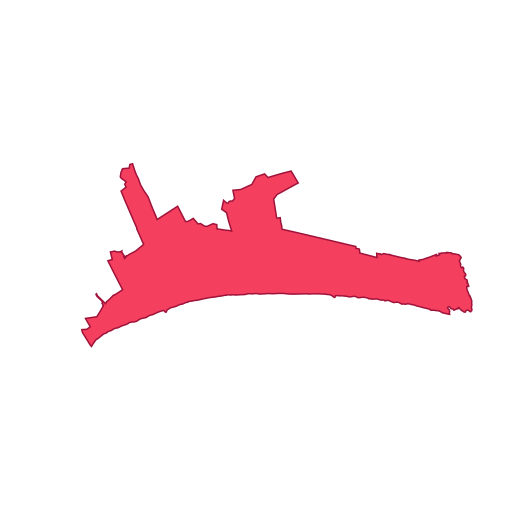 Saulkrasti, Saulkrastu, Latvia (Robinson projection), rotated 248°
{"feature_id": "27541924B54567786635158", "entity_name": "Saulkrasti", "entity_type": "district", "adm_level": 2, "iso_a3": "LVA", "parent_name": "Latvia", "parent_adm1": "Saulkrastu", "projection": "robinson", "projection_center": [24.41, 57.259], "detail": "fine", "context": "isolated", "style": "filled", "palette": "rose", "viewbox_px": 512, "rotation_deg": 248, "n_neighbors": 0, "source": "geoboundaries", "source_scale": "gbopen_adm2", "svg_char_len": 6073}
<svg xmlns="http://www.w3.org/2000/svg" viewBox="0 0 512 512"><g transform="rotate(248 256 256)"><path d="M233.7,69.6L234.9,71.0L238.3,76.2L238.6,77.1L238.4,77.6L239.2,80.3L240.7,85.2L240.8,86.8L240.7,88.7L241.3,90.4L241.4,91.2L241.1,93.8L241.7,97.0L241.7,98.1L241.5,99.6L241.2,100.4L241.2,102.4L241.4,103.7L241.4,106.7L241.2,109.5L241.2,111.2L241.3,112.2L241.6,113.1L241.7,114.0L241.2,116.4L240.5,118.2L240.2,120.7L240.4,122.0L240.8,123.7L241.0,125.0L240.7,128.1L240.4,129.1L240.2,130.5L240.1,131.3L240.2,132.1L240.5,132.9L240.7,134.5L240.7,135.8L240.3,138.4L240.5,141.1L240.6,144.6L240.5,147.2L240.1,150.1L239.5,150.4L238.9,150.5L238.5,150.6L237.8,151.1L237.7,151.4L237.6,151.6L237.7,151.8L238.0,152.2L238.8,152.8L239.3,153.4L239.9,157.0L239.9,158.0L239.5,160.8L239.3,162.5L239.3,163.7L239.5,165.9L239.5,167.9L239.1,169.0L239.0,169.7L239.0,170.9L239.1,172.4L239.1,173.6L239.0,174.4L238.7,175.5L238.8,176.0L239.0,176.7L238.8,177.7L238.0,180.4L238.0,181.4L237.1,184.6L236.5,187.6L236.2,190.0L235.1,195.9L234.5,198.6L233.2,203.1L232.9,205.2L232.5,206.6L231.7,209.6L231.4,211.9L230.8,213.5L230.6,215.3L229.7,217.1L228.9,219.1L228.7,220.1L228.1,221.5L227.5,222.2L227.3,222.8L227.1,223.7L226.6,224.8L226.2,226.4L225.8,227.3L225.6,228.3L225.1,229.2L224.8,230.2L224.5,231.2L224.3,232.0L224.1,232.8L224.1,233.7L224.0,234.4L223.0,237.0L222.4,238.0L222.1,238.8L221.7,240.5L220.7,243.0L219.5,244.7L219.0,246.2L217.7,249.8L217.0,252.1L216.3,254.1L214.9,256.9L212.7,263.4L211.0,267.4L208.2,272.7L206.6,276.5L204.4,282.4L201.8,289.2L200.8,291.0L200.2,293.0L197.7,299.3L195.2,304.8L192.3,310.2L190.6,311.7L188.6,312.8L188.2,313.3L188.1,313.5L188.2,313.8L188.4,314.0L189.1,314.4L189.4,314.7L189.3,315.2L188.5,317.3L187.6,318.8L187.0,320.6L185.7,323.1L185.3,323.7L185.1,324.3L184.6,325.2L184.0,325.8L183.1,327.3L182.6,328.7L182.3,330.3L181.7,332.3L180.9,333.4L179.2,334.9L178.8,335.7L178.2,337.8L178.1,338.8L177.7,339.8L176.3,342.2L175.2,343.8L174.1,344.5L174.0,345.3L173.3,346.2L172.6,347.2L172.3,348.1L170.8,352.2L168.5,355.0L168.0,356.3L167.3,357.8L166.7,358.5L166.1,358.7L166.0,358.9L165.8,360.9L165.1,362.2L164.1,363.4L162.8,364.6L161.3,366.2L161.0,367.1L160.6,368.7L159.9,370.3L159.0,371.4L157.7,372.4L156.9,373.0L156.7,373.3L156.5,373.8L156.4,374.6L155.3,376.4L154.9,378.6L153.8,380.8L152.9,381.6L152.1,383.2L150.7,385.0L149.4,386.4L148.5,387.6L147.7,388.9L146.3,390.6L141.6,397.1L140.3,397.7L139.0,400.8L138.1,402.1L137.7,403.1L136.5,405.1L135.5,406.1L133.6,407.5L130.2,412.3L129.4,413.7L130.6,413.9L132.3,414.9L133.9,415.0L135.4,414.3L136.2,414.1L136.9,415.3L136.8,415.9L136.3,416.3L135.7,416.7L134.4,416.9L133.9,417.2L133.7,417.7L133.5,418.2L133.0,418.8L132.7,418.9L132.1,418.9L131.6,419.2L131.7,421.8L131.9,422.4L131.5,422.8L131.4,423.5L132.0,423.9L132.4,424.4L131.0,425.1L128.6,426.1L127.4,427.1L126.0,428.0L125.6,429.2L126.3,429.7L126.7,430.5L126.6,431.6L126.3,432.3L125.4,433.1L124.3,433.5L123.9,434.3L124.3,434.7L124.4,435.4L125.2,436.0L126.1,436.3L127.3,436.4L128.2,436.7L128.5,436.9L129.4,437.7L130.9,438.1L133.8,439.3L135.4,439.4L136.9,439.4L138.2,439.4L138.6,439.4L138.5,439.1L139.5,439.0L142.6,439.1L145.4,439.0L146.4,439.3L147.6,439.4L148.7,439.9L148.9,440.4L148.2,441.1L148.4,441.6L149.0,441.9L148.9,442.0L151.9,442.1L152.1,441.6L152.7,442.3L153.1,442.5L154.1,442.6L154.1,442.4L155.0,442.6L155.6,442.0L156.2,441.5L157.3,441.3L158.1,441.3L159.3,441.8L159.1,442.4L159.1,442.9L159.2,443.0L160.5,443.6L160.8,443.6L161.9,443.2L163.6,442.8L164.2,442.9L165.0,443.0L166.5,443.9L166.8,444.0L167.6,443.9L168.3,443.5L168.3,443.3L168.0,442.9L168.0,442.6L168.0,442.3L168.2,442.0L168.4,441.9L169.2,442.0L169.6,441.9L170.4,442.0L170.8,442.1L171.6,442.5L171.7,442.8L173.0,442.7L175.7,442.8L175.9,443.6L176.6,444.2L177.1,444.7L177.2,445.2L177.4,445.5L177.7,445.6L178.2,445.6L180.2,445.0L181.4,444.2L184.1,440.1L184.3,438.9L184.6,438.8L185.6,438.5L187.5,434.9L187.8,434.3L187.4,434.3L189.3,429.0L189.4,427.5L189.8,426.7L188.3,426.6L188.5,423.2L189.8,423.9L189.9,419.9L189.9,415.0L190.1,415.0L190.3,409.3L190.6,408.2L191.2,405.6L189.9,405.3L192.3,402.1L195.0,397.5L197.7,393.5L197.9,393.6L200.4,389.7L206.7,380.9L206.9,381.0L207.6,380.0L208.1,378.7L210.4,375.3L210.3,372.7L211.5,372.1L211.7,371.2L213.3,368.9L209.3,367.5L219.9,353.3L221.5,353.9L223.7,354.4L225.8,351.5L227.4,352.1L263.9,300.5L271.1,290.1L274.6,291.2L277.6,291.5L282.5,292.8L283.1,289.7L283.9,289.5L302.1,293.7L305.1,298.5L307.9,322.5L321.6,320.4L322.7,312.5L323.6,303.9L324.3,296.5L328.9,294.7L329.4,285.7L323.9,278.9L323.4,266.7L325.6,259.2L317.4,257.7L317.2,257.4L315.9,255.0L315.8,254.7L315.9,254.3L316.5,253.1L316.6,252.2L316.5,251.2L315.7,250.3L315.6,250.0L315.7,249.4L316.0,248.9L316.9,248.2L319.8,246.8L312.2,241.7L307.2,244.9L298.8,243.7L288.2,242.8L290.1,240.0L291.3,237.5L295.8,230.0L299.8,231.4L302.1,228.2L301.8,221.9L302.8,219.6L306.9,216.7L307.4,214.3L314.4,211.9L313.7,207.5L313.7,205.0L314.6,203.5L331.5,202.0L327.8,182.8L326.8,178.0L329.5,178.1L339.4,177.9L351.3,178.1L359.1,176.4L365.4,175.6L371.8,175.9L376.0,175.5L380.8,175.6L387.8,176.1L388.1,173.3L385.0,171.3L386.9,165.2L386.3,164.0L386.0,164.0L385.5,163.9L385.1,163.4L384.5,162.4L380.9,160.2L380.3,159.9L379.6,159.8L377.6,160.7L376.5,161.5L373.3,163.4L371.8,161.2L368.5,161.3L366.7,155.2L357.5,155.2L329.1,155.9L326.4,156.0L325.9,155.6L317.7,155.9L308.8,156.1L305.7,146.2L304.9,138.6L304.5,137.0L304.4,136.0L304.6,135.9L303.7,134.9L304.3,134.7L303.0,133.3L303.4,133.2L304.7,133.1L305.5,133.6L305.6,133.8L305.9,133.9L307.3,133.2L308.1,133.5L309.1,133.0L309.6,133.2L309.8,133.1L310.1,132.7L310.4,133.2L311.0,133.5L310.7,131.7L311.7,128.9L313.6,126.6L314.0,123.8L314.3,122.5L306.6,121.4L307.1,116.9L294.2,117.9L274.7,119.7L273.5,113.7L272.8,110.1L273.1,110.0L273.1,109.3L272.9,108.7L271.7,106.1L270.9,104.2L269.7,101.0L269.8,100.5L268.1,98.7L278.4,94.1L279.4,94.0L280.7,94.0L280.5,93.3L279.2,93.3L278.0,93.5L272.7,95.9L270.5,96.7L269.9,95.5L267.7,96.0L267.1,95.2L266.6,95.3L263.3,91.1L259.3,85.7L262.0,74.5L252.5,75.8L251.4,71.7L253.0,66.9L250.2,66.4L243.9,67.5L235.2,69.0L233.7,69.6Z" fill="#f43f5e" stroke="#9f1239" stroke-width="1.5"/></g></svg>